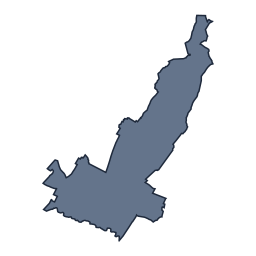 the district of Crangurile, Dâmbovita, Romania
{"feature_id": "2599482B43839150366531", "entity_name": "Crangurile", "entity_type": "district", "adm_level": 2, "iso_a3": "ROU", "parent_name": "Romania", "parent_adm1": "Dâmbovita", "projection": "equal_earth", "projection_center": [25.247, 44.765], "detail": "fine", "context": "isolated", "style": "filled", "palette": "slate", "viewbox_px": 256, "rotation_deg": 0, "n_neighbors": 0, "source": "geoboundaries", "source_scale": "gbopen_adm2", "svg_char_len": 5782}
<svg xmlns="http://www.w3.org/2000/svg" viewBox="0 0 256 256"><path d="M161.9,216.9L162.1,215.4L163.2,211.5L162.5,210.4L161.9,210.1L161.9,208.2L162.1,207.8L162.1,207.2L162.3,207.1L163.2,207.1L164.1,207.7L164.8,204.2L163.4,203.6L165.6,198.7L165.9,198.4L152.6,193.2L155.0,188.8L153.4,188.5L153.0,188.3L152.4,187.9L149.5,185.2L148.2,184.3L145.2,182.5L147.3,180.6L145.6,179.2L155.1,170.4L156.0,170.3L156.5,170.1L157.3,170.4L157.7,170.3L158.0,169.8L158.6,169.8L171.4,152.1L172.8,150.2L172.7,149.7L172.7,148.7L173.8,147.5L173.9,146.9L173.7,145.4L173.7,145.2L173.0,144.2L175.8,140.9L180.5,134.9L180.6,134.6L181.6,133.4L181.9,133.4L182.2,133.6L182.9,133.7L183.1,133.4L184.1,132.3L185.0,131.6L185.7,130.4L186.5,129.5L186.9,128.3L187.2,127.6L187.5,127.1L187.6,126.8L186.8,125.5L186.9,124.8L186.7,123.9L186.0,122.4L186.0,121.7L186.3,120.7L186.3,119.8L186.3,117.4L186.7,117.0L187.3,115.6L187.8,114.2L187.8,113.7L188.1,113.0L191.1,109.0L191.1,108.7L191.0,108.0L191.3,106.9L191.8,105.7L192.7,102.9L194.1,100.5L196.9,96.8L197.4,95.5L197.7,93.7L198.3,92.2L198.9,91.5L201.3,80.6L201.3,76.1L201.8,75.7L202.6,74.3L204.5,72.2L206.4,69.1L207.7,67.3L209.7,65.3L210.9,64.4L212.9,63.9L212.8,63.4L212.4,63.0L212.0,62.0L211.9,60.8L211.6,60.6L211.3,59.8L210.6,58.9L210.0,58.0L209.6,57.1L209.0,56.4L209.0,55.9L208.6,54.7L208.6,54.2L208.2,52.6L208.2,52.4L208.3,52.1L208.8,51.5L209.0,51.0L208.9,50.1L208.7,49.4L207.0,48.3L205.8,47.7L204.7,47.1L201.6,44.7L200.2,44.1L201.1,42.7L201.8,42.0L202.4,41.9L204.1,40.8L204.5,40.7L206.1,40.9L206.3,40.3L206.7,39.1L207.0,37.7L207.0,37.3L207.7,36.1L206.7,34.3L206.0,31.3L205.4,29.7L209.4,23.1L212.1,21.7L212.4,21.4L211.0,21.0L208.9,19.6L208.0,20.4L207.3,21.6L205.6,16.9L205.5,15.6L196.8,15.4L196.3,18.2L196.3,20.6L196.4,21.6L196.2,22.0L196.1,22.6L195.9,22.9L195.4,23.6L195.0,24.0L194.9,24.8L194.2,26.0L194.1,26.4L193.8,27.4L193.6,28.6L193.0,30.5L192.4,31.4L192.1,32.3L191.6,35.1L190.9,38.1L190.5,38.9L190.3,39.0L189.3,40.6L187.7,41.9L186.7,42.1L185.2,43.2L188.0,53.7L188.3,54.0L189.4,54.4L190.1,54.4L190.2,55.0L189.5,55.3L189.4,55.0L189.1,54.9L188.2,55.4L187.4,56.0L187.1,56.5L186.3,57.1L186.2,57.7L184.9,58.1L184.4,58.4L183.4,58.7L173.5,59.2L168.6,61.5L169.6,62.7L168.8,64.4L167.7,65.7L167.0,66.4L165.6,66.6L165.3,67.0L165.1,67.5L164.7,67.7L163.7,67.8L163.0,68.1L160.9,70.6L160.4,71.6L160.1,72.0L158.9,72.8L158.0,73.8L158.1,74.2L158.1,74.5L158.6,76.3L158.6,76.9L158.9,77.8L159.0,78.7L158.4,79.8L157.6,80.6L157.3,81.0L157.0,82.3L156.2,82.9L156.1,83.4L155.3,83.9L155.0,84.3L155.3,84.9L155.1,85.6L155.3,85.8L155.0,86.5L155.0,86.8L155.1,87.2L154.8,87.5L154.8,88.1L155.1,88.5L155.9,89.2L156.3,89.3L156.9,89.9L157.1,90.2L157.2,90.9L157.5,91.5L158.2,92.0L155.7,95.2L153.3,97.5L151.5,99.7L150.6,101.4L150.0,103.2L149.1,105.1L148.6,106.0L147.1,110.1L146.6,110.6L145.8,111.1L143.4,113.3L142.5,115.8L141.6,117.0L140.6,117.6L140.9,118.3L139.6,119.0L138.5,120.5L137.6,121.7L136.2,120.7L135.2,122.0L129.7,118.7L129.2,118.3L128.9,117.9L128.6,118.0L127.5,117.9L127.4,119.0L124.7,118.6L124.4,119.7L123.6,119.6L123.1,121.8L122.0,121.5L120.7,124.3L119.6,124.5L119.1,125.0L119.0,126.3L118.9,127.3L120.2,128.3L118.6,131.0L116.7,133.9L119.5,135.3L118.3,138.0L117.3,139.8L116.5,141.7L116.1,142.2L112.8,150.8L111.0,156.2L109.8,160.4L107.6,167.3L105.8,172.4L88.9,163.7L89.0,163.1L89.0,162.9L88.6,162.5L88.4,162.0L88.6,160.9L88.5,160.0L87.9,159.5L88.0,158.3L86.6,156.4L85.2,154.9L83.3,157.8L82.3,157.4L82.1,157.8L81.3,157.4L80.3,159.0L78.6,158.1L75.4,163.6L77.2,164.6L75.9,166.8L75.8,167.1L74.6,169.2L73.0,171.5L71.5,174.0L68.3,176.6L66.2,177.7L64.8,174.5L63.9,173.2L62.5,171.8L60.5,169.6L59.3,166.8L58.1,162.6L57.6,160.8L55.2,160.0L54.9,160.1L47.3,168.7L49.1,170.0L50.5,170.8L50.8,170.7L51.4,170.1L52.2,169.5L53.3,170.7L53.4,171.1L53.3,171.6L52.9,172.8L51.9,174.1L51.7,174.1L51.6,174.3L50.3,175.2L49.7,175.7L49.3,176.5L43.6,182.6L43.1,183.3L43.9,183.7L44.1,184.1L44.6,184.4L45.5,184.8L46.5,185.4L47.4,185.8L49.6,186.5L50.1,186.9L50.9,187.2L53.0,188.0L54.5,188.5L55.6,188.6L56.1,188.5L56.6,188.7L56.6,188.8L56.0,189.7L53.5,194.6L57.3,196.3L54.6,201.9L54.3,201.8L52.0,200.7L51.7,199.7L51.4,199.6L51.2,199.7L49.4,203.3L43.6,209.5L46.3,211.0L46.5,211.1L50.6,209.5L51.3,209.3L52.7,209.2L53.8,208.2L54.7,208.3L55.8,207.7L56.6,207.8L57.0,208.2L57.3,208.9L57.7,211.4L58.3,212.2L59.1,212.4L60.3,212.9L61.2,212.8L62.8,212.4L63.2,212.6L63.7,213.2L63.8,213.8L63.5,215.2L64.3,216.1L65.7,216.6L66.5,216.8L67.5,216.9L68.3,217.2L69.0,217.2L70.5,216.9L70.9,216.9L71.3,217.2L71.5,218.0L72.0,218.5L74.8,219.0L75.2,220.0L75.6,220.3L75.9,220.5L76.9,220.5L77.3,220.3L77.8,220.5L78.0,220.7L78.5,221.5L79.1,221.9L79.8,222.1L81.1,222.2L81.6,221.9L82.3,221.1L82.9,221.1L83.7,220.6L84.3,220.4L85.3,220.4L86.0,220.8L86.9,220.9L87.9,221.0L89.6,221.9L90.0,222.3L90.0,222.7L89.9,223.3L90.0,223.9L90.7,224.0L91.4,224.0L94.4,224.5L95.1,225.0L95.6,225.5L95.9,225.9L96.0,226.3L95.9,227.0L96.4,227.4L98.5,227.6L99.9,227.4L100.4,227.7L100.8,228.2L101.4,228.7L102.1,229.0L102.6,229.1L103.0,229.6L104.5,230.5L105.1,230.7L106.5,230.5L107.4,228.2L109.2,228.2L109.6,228.3L110.6,228.8L110.8,229.3L110.9,230.1L110.7,231.3L110.8,231.5L111.2,231.8L111.9,232.0L113.0,231.8L114.2,232.0L115.2,232.4L115.8,232.4L116.0,232.8L115.8,233.9L115.8,234.4L115.7,234.8L115.3,235.3L115.0,235.8L115.1,236.2L115.5,236.5L116.6,236.6L117.5,236.0L118.8,236.0L119.3,236.5L119.1,237.1L119.4,237.9L119.2,238.3L119.3,238.5L119.5,238.6L119.6,239.0L119.4,239.3L119.0,240.0L119.2,240.6L123.3,235.7L123.5,235.3L129.0,227.0L132.3,221.8L132.6,221.7L135.6,217.2L136.0,216.4L136.4,215.8L136.6,215.1L137.2,215.7L138.5,216.2L144.5,217.2L145.8,217.7L148.2,218.8L149.3,219.5L150.5,219.8L151.1,220.2L153.2,222.0L155.4,220.5L157.0,220.2L157.4,219.9L157.7,219.2L158.7,218.2L159.5,217.5L160.8,216.9L161.2,216.8L161.9,216.9Z" fill="#64748b" stroke="#1e293b" stroke-width="1.5"/></svg>